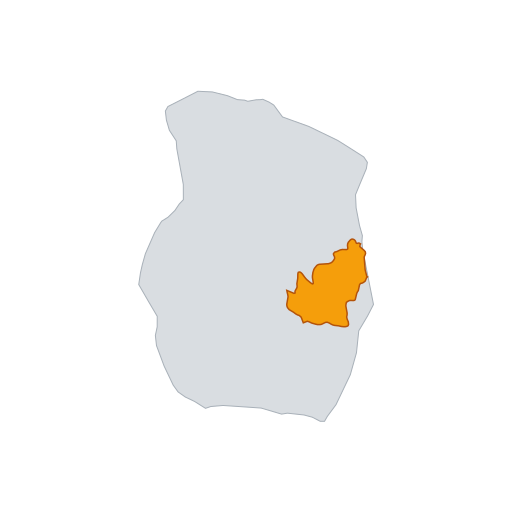 location of Berea within Lesotho, rotated 141°
{"feature_id": "LSO-1202", "entity_name": "Berea", "entity_type": "District", "adm_level": 1, "iso_a3": "LSO", "parent_name": "Lesotho", "parent_adm1": "", "projection": "equal_earth", "projection_center": [27.891, -29.155], "detail": "fine", "context": "in_parent", "style": "filled", "palette": "amber", "viewbox_px": 512, "rotation_deg": 141, "n_neighbors": 0, "source": "natural_earth", "source_scale": "10m", "svg_char_len": 2904}
<svg xmlns="http://www.w3.org/2000/svg" viewBox="0 0 512 512"><g transform="rotate(141 256 256)"><path d="M320.0,338.0L308.8,342.0L307.2,342.4L300.0,341.5L290.4,342.4L282.9,344.7L277.0,345.5L267.5,357.3L250.1,389.1L245.5,395.7L244.2,408.2L240.1,418.0L235.2,425.7L230.4,427.6L216.0,424.5L197.5,420.6L186.7,411.0L177.2,398.4L172.1,389.3L166.8,384.3L165.0,381.4L157.4,377.2L154.6,375.0L152.1,373.5L149.0,367.4L147.2,362.1L147.9,347.4L142.6,338.6L133.5,323.6L127.7,311.3L119.8,294.5L114.9,280.1L109.9,265.1L110.5,258.7L115.3,254.4L129.3,246.9L140.1,241.0L147.9,230.4L156.4,214.5L160.5,204.9L164.6,200.6L169.1,193.8L177.0,178.9L185.8,162.2L195.2,144.4L207.0,139.2L223.2,133.2L238.8,117.6L257.4,104.4L287.4,90.1L301.4,86.5L306.8,84.4L310.1,87.1L313.7,95.3L318.7,102.2L330.5,114.1L335.6,117.0L347.7,134.6L360.7,146.7L375.7,160.6L385.9,167.5L391.1,169.4L395.3,181.7L399.7,190.9L402.1,199.4L401.6,207.8L396.7,228.2L389.7,249.0L384.2,257.6L377.4,263.1L370.7,271.3L368.2,288.0L365.1,307.6L356.4,315.6L349.7,320.9L340.5,327.4L320.0,338.0Z" fill="#d9dde1" stroke="#a8b0b8" stroke-width="1"/><path d="M167.1,199.6L168.1,199.2L169.4,198.0L169.1,196.0L168.4,192.2L168.4,190.5L169.2,189.1L170.5,188.2L171.8,187.6L172.7,187.0L179.8,176.7L182.7,170.5L182.5,169.6L183.6,169.6L186.9,167.8L189.0,167.8L190.5,168.1L192.1,168.9L193.6,168.5L198.3,164.7L199.7,164.3L200.8,163.8L201.7,163.2L206.4,159.6L207.4,159.6L208.5,160.2L210.4,161.9L211.5,162.6L212.8,162.9L214.9,163.1L216.4,161.9L217.6,160.7L221.1,154.3L222.3,152.9L223.9,151.6L224.9,149.6L225.7,146.8L227.1,144.6L228.3,143.9L229.6,144.1L231.0,144.8L232.5,146.0L234.1,147.6L235.7,149.7L238.5,152.5L239.6,153.9L240.5,155.7L241.2,157.7L242.2,159.5L243.4,160.5L244.7,160.9L247.4,161.5L248.6,161.9L249.8,162.7L251.3,163.9L252.5,165.4L254.7,168.5L255.4,169.8L256.0,171.2L257.2,173.0L261.3,174.3L259.4,180.0L259.8,182.5L260.8,184.1L261.2,185.1L261.6,186.1L262.2,188.6L264.0,193.5L264.0,196.1L263.4,197.8L262.4,199.2L256.9,204.0L256.3,204.8L255.3,206.7L254.9,207.6L253.7,209.9L250.0,203.1L249.5,202.9L248.8,202.7L248.5,203.2L248.1,203.8L247.6,204.2L244.9,205.3L243.9,205.8L243.1,206.6L241.7,208.7L237.6,212.4L234.7,215.8L233.5,216.7L232.5,216.4L231.7,215.5L231.4,214.2L231.3,212.7L231.5,209.0L231.5,207.3L231.4,205.7L230.5,201.0L230.1,199.6L229.5,198.6L228.9,198.6L228.1,199.5L225.8,203.6L224.7,205.0L222.1,207.4L219.7,209.0L218.4,209.6L214.7,210.4L213.2,210.2L212.0,209.7L204.5,204.4L202.4,203.6L201.0,203.4L199.8,203.5L197.5,204.1L196.5,204.6L195.9,205.3L195.4,206.2L195.2,207.2L194.9,208.3L194.3,209.1L192.4,209.5L190.4,208.6L186.7,207.7L184.8,206.7L181.6,204.0L180.6,203.7L179.8,204.2L178.3,206.6L177.1,207.8L175.6,208.6L172.7,209.1L171.3,209.0L170.2,208.3L169.6,207.3L169.3,206.3L169.3,205.6L169.3,205.1L169.9,203.2L169.9,202.7L169.7,202.4L169.2,202.0L168.6,201.8L168.1,201.5L167.7,201.1L167.2,199.9L167.1,199.6Z" fill="#f59e0b" stroke="#b45309" stroke-width="1.5"/></g></svg>